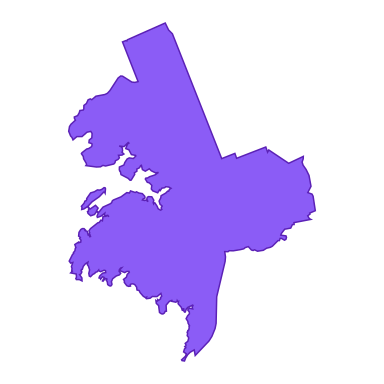 outline of Papakura Local Board Area, Auckland, New Zealand
{"feature_id": "76426892B98543988194896", "entity_name": "Papakura Local Board Area", "entity_type": "district", "adm_level": 2, "iso_a3": "NZL", "parent_name": "New Zealand", "parent_adm1": "Auckland", "projection": "albers", "projection_center": [174.924, -37.061], "detail": "fine", "context": "isolated", "style": "filled", "palette": "violet", "viewbox_px": 384, "rotation_deg": 0, "n_neighbors": 0, "source": "geoboundaries", "source_scale": "gbopen_adm2", "svg_char_len": 5952}
<svg xmlns="http://www.w3.org/2000/svg" viewBox="0 0 384 384"><path d="M72.0,137.5L73.0,139.9L76.9,136.6L82.0,136.6L87.0,132.2L90.8,131.4L92.1,133.5L91.8,137.9L89.2,140.0L88.9,142.7L91.8,143.6L92.1,144.9L91.6,146.6L88.7,148.5L86.7,149.0L82.0,152.7L81.4,153.7L83.3,156.5L83.6,158.8L86.2,163.2L86.6,164.7L85.9,165.6L96.4,167.0L100.5,166.8L102.9,165.4L105.6,166.0L113.8,164.0L115.0,162.7L115.4,160.8L118.1,159.4L119.4,157.8L118.5,155.3L122.0,155.1L123.9,154.0L122.0,152.2L122.6,150.9L122.3,148.0L120.8,146.5L119.1,146.0L124.0,146.6L128.2,142.5L128.9,143.1L127.5,144.1L125.7,148.6L128.9,149.8L131.4,154.6L135.6,155.4L135.8,156.0L133.4,158.5L129.2,157.9L127.1,159.0L124.8,162.5L123.9,165.0L119.4,167.0L119.3,169.7L119.7,171.1L120.3,171.3L121.0,174.6L128.1,178.3L130.1,180.3L131.2,180.1L134.7,174.4L134.4,172.8L136.9,171.2L136.8,169.1L139.6,167.7L140.6,165.6L141.4,165.3L142.4,169.6L145.3,171.2L149.3,168.8L151.3,170.8L155.6,172.9L158.5,172.4L155.0,174.9L149.6,176.7L147.3,178.1L146.0,178.0L145.3,179.0L147.3,182.3L149.4,182.9L151.8,185.4L151.3,189.0L152.8,190.9L157.7,192.8L159.5,189.8L160.2,190.6L161.8,188.2L164.7,187.7L165.7,186.7L168.7,187.0L171.0,188.3L169.5,189.3L168.6,191.2L167.7,191.1L165.7,193.1L161.1,195.7L160.7,198.0L159.1,201.1L160.1,204.4L161.9,205.7L162.0,206.6L161.4,207.0L161.2,208.3L161.8,209.4L160.6,210.2L158.2,208.8L157.1,206.2L154.9,202.9L154.1,202.8L153.6,203.8L153.2,202.7L153.8,200.2L151.8,196.8L148.5,196.6L147.3,197.3L146.8,199.0L148.0,201.7L146.2,200.1L144.4,200.5L142.4,200.0L143.3,198.7L144.7,198.5L145.0,197.4L144.7,196.2L142.3,193.6L138.8,193.0L136.5,191.8L135.2,192.5L130.5,190.9L129.5,193.0L126.8,192.6L121.1,196.8L113.6,199.9L112.4,200.7L111.6,202.7L110.4,203.7L103.0,207.1L98.8,212.3L96.5,211.0L98.1,208.1L95.5,205.3L90.3,208.9L89.4,208.5L88.0,206.2L92.1,201.8L99.3,196.7L103.7,192.1L104.5,192.1L105.1,193.2L105.5,188.7L105.1,187.8L104.1,187.6L101.7,189.4L99.7,190.1L97.4,189.9L94.5,191.7L90.6,192.9L86.7,198.5L86.9,199.1L86.1,200.7L84.9,201.1L84.1,203.2L81.4,206.3L82.0,207.5L81.7,209.5L84.0,208.9L87.5,206.6L89.2,209.1L88.5,209.7L88.3,211.4L87.5,211.6L88.0,213.4L90.7,215.8L94.5,214.5L96.5,211.6L98.3,212.8L97.0,216.2L97.4,217.4L100.9,216.2L104.7,213.3L104.3,214.7L105.3,215.8L107.8,215.3L108.9,216.8L107.5,215.4L105.9,216.3L103.0,216.6L102.4,220.8L100.9,220.1L99.2,222.5L97.8,222.8L90.5,228.6L89.0,230.8L89.7,232.7L89.2,234.2L89.9,234.6L90.5,236.5L89.8,236.7L89.2,235.1L88.2,235.1L87.2,231.3L85.2,230.7L84.9,230.2L85.3,229.9L84.0,228.6L82.3,228.6L80.8,229.5L79.0,232.3L78.6,236.1L80.3,237.4L79.6,238.5L81.0,240.2L80.7,242.2L78.8,242.7L78.7,242.0L74.8,244.5L75.9,247.7L75.3,248.3L74.9,250.8L73.4,252.6L73.6,253.4L72.5,254.5L69.2,261.1L70.6,263.1L72.8,262.5L71.4,266.7L72.0,268.3L71.7,271.2L72.8,270.8L70.7,272.9L76.2,274.0L76.5,277.2L75.8,278.5L76.4,279.6L79.4,279.6L82.0,280.9L81.9,277.9L79.6,274.6L80.7,274.1L81.7,272.5L81.7,271.3L81.0,270.8L81.5,269.5L82.3,269.4L83.3,266.3L85.4,263.8L87.9,262.2L87.3,264.6L88.4,266.1L89.6,269.9L88.8,273.4L89.3,276.1L90.5,276.7L92.8,274.4L94.8,273.4L95.4,272.4L97.3,271.7L98.7,270.0L98.9,270.9L100.7,271.7L104.1,270.2L105.5,270.6L105.7,272.6L102.7,273.1L99.7,276.0L99.0,277.9L100.1,278.2L100.6,279.2L102.5,276.8L104.0,277.3L104.3,277.9L102.4,280.9L103.0,281.2L105.3,278.5L106.8,278.8L106.9,279.3L106.2,280.1L107.2,281.6L107.7,284.6L109.4,285.8L110.8,286.0L111.7,285.0L112.0,284.2L111.4,281.7L112.7,278.7L116.4,275.9L119.4,274.9L120.7,273.3L119.1,271.3L119.4,269.6L120.6,268.1L121.6,267.8L119.9,269.7L120.1,270.7L124.7,272.6L126.8,271.4L129.0,271.4L129.3,272.3L127.2,274.4L126.4,277.2L123.5,279.4L124.4,280.9L124.3,282.4L126.8,285.7L128.7,286.4L130.5,286.1L130.3,284.6L130.9,284.1L132.8,283.8L134.7,284.5L136.6,287.1L137.0,290.0L139.2,290.6L140.0,292.5L143.3,296.3L145.5,297.6L146.5,297.2L146.1,298.4L146.5,298.7L150.2,298.2L152.3,296.5L157.0,296.6L160.9,293.4L161.7,296.2L160.5,297.7L160.6,298.8L158.7,300.3L157.7,299.6L157.8,300.5L157.0,301.3L155.9,300.5L156.3,303.4L158.6,305.6L159.5,312.5L161.4,313.8L162.9,314.0L164.4,313.0L165.2,311.3L166.4,311.2L166.1,305.2L169.3,301.4L171.2,300.5L171.8,300.5L171.6,301.3L175.8,302.2L177.0,301.5L177.2,300.6L177.8,301.6L178.6,301.3L178.1,303.7L181.2,307.2L182.3,310.3L182.8,310.3L183.1,308.8L183.7,308.8L184.0,311.4L184.6,312.1L185.3,312.0L186.3,309.0L187.9,307.3L192.7,305.1L193.0,305.6L192.2,306.9L192.7,308.9L189.4,308.2L188.0,309.4L187.9,310.3L189.3,311.9L189.4,313.8L187.6,315.8L186.1,318.7L187.8,321.3L188.1,323.3L189.5,325.8L189.0,326.2L189.2,327.7L188.7,330.0L187.8,330.5L187.8,331.7L187.1,332.2L187.6,333.5L187.2,335.7L188.5,337.3L188.6,338.5L187.8,341.3L185.2,343.4L186.0,345.0L185.8,346.0L184.8,346.5L185.8,347.8L184.5,348.9L183.6,351.9L186.3,353.8L185.4,356.3L181.6,359.8L182.0,360.6L184.5,361.0L185.7,357.9L187.7,354.7L190.1,352.3L194.2,349.9L195.2,355.5L208.9,341.1L211.9,336.4L215.1,328.5L216.1,323.4L216.7,296.8L225.1,261.5L225.5,256.9L224.7,251.6L228.0,251.7L229.3,250.7L233.3,250.8L240.5,249.6L243.8,248.8L245.2,247.6L248.3,246.6L251.4,250.0L253.1,250.5L254.5,249.8L257.5,251.2L263.3,250.3L266.6,248.2L270.4,247.3L272.4,246.2L278.0,240.6L279.4,240.6L280.1,238.4L281.4,238.4L284.5,240.2L285.9,239.4L286.5,237.4L286.0,235.9L280.8,235.1L281.3,233.6L284.7,229.2L290.7,228.1L292.4,224.6L294.1,224.5L294.0,222.6L310.8,219.4L309.3,218.6L307.7,215.8L310.0,214.1L309.7,213.1L315.3,210.7L313.1,196.2L312.0,194.1L307.8,192.6L311.0,186.3L309.0,175.4L306.1,169.5L303.1,165.2L302.1,162.1L303.2,158.9L303.3,156.4L288.7,163.3L268.8,150.0L267.6,152.2L265.8,147.0L236.6,158.3L234.9,153.4L221.7,158.6L172.4,33.8L168.6,30.0L165.2,23.0L127.3,39.8L126.9,40.9L125.8,40.6L122.5,41.9L138.1,81.6L134.9,82.4L131.9,82.1L122.6,76.2L120.7,76.0L118.1,78.0L109.9,90.6L107.4,93.3L104.9,94.5L95.9,96.2L91.8,99.7L90.3,98.9L88.1,99.8L86.4,103.5L83.9,105.4L83.8,109.0L83.1,110.1L79.9,110.5L79.2,112.8L77.6,115.6L74.3,117.0L74.4,118.3L75.4,120.2L71.0,124.2L69.5,126.5L68.7,131.3L70.6,136.0L72.0,137.5Z" fill="#8b5cf6" stroke="#5b21b6" stroke-width="1.5"/></svg>